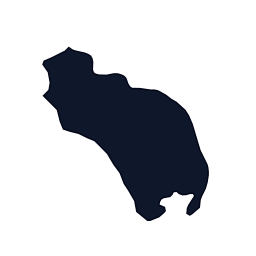 Pongchon, Hwanghae-namdo, North Korea, rotated 45°
{"feature_id": "82179303B59678099693620", "entity_name": "Pongchon", "entity_type": "district", "adm_level": 2, "iso_a3": "PRK", "parent_name": "North Korea", "parent_adm1": "Hwanghae-namdo", "projection": "natural_earth1", "projection_center": [126.231, 38.15], "detail": "fine", "context": "isolated", "style": "filled", "palette": "ink", "viewbox_px": 256, "rotation_deg": 45, "n_neighbors": 0, "source": "geoboundaries", "source_scale": "gbopen_adm2", "svg_char_len": 1286}
<svg xmlns="http://www.w3.org/2000/svg" viewBox="0 0 256 256"><g transform="rotate(45 128 128)"><path d="M45.5,161.8L45.5,164.9L51.5,164.9L56.0,164.9L65.1,164.9L75.6,171.2L83.1,174.3L84.6,173.5L89.2,171.2L96.8,166.6L105.9,163.5L113.4,160.4L121.0,160.4L131.6,160.5L143.6,163.6L154.2,165.2L164.7,169.9L172.2,171.4L184.3,174.6L193.3,180.8L207.1,179.4L208.8,177.7L212.5,169.0L213.0,163.3L212.9,160.4L209.9,158.4L204.2,160.7L202.3,157.8L201.5,155.1L202.2,152.2L206.0,146.7L206.0,144.0L205.0,141.0L207.2,138.2L210.4,138.1L213.8,136.5L216.2,133.7L217.9,130.5L220.3,128.0L223.3,128.8L225.7,139.8L227.0,142.9L229.5,145.8L230.0,146.6L233.2,145.8L233.8,143.2L234.5,133.7L229.7,127.8L228.2,124.6L225.3,116.1L223.6,113.0L222.2,110.5L218.0,104.7L215.3,102.0L212.3,99.6L209.7,98.1L194.7,93.0L170.6,80.0L162.0,76.6L155.8,75.2L144.0,75.8L138.0,77.4L132.0,78.1L130.9,78.4L123.1,80.6L120.2,82.4L117.5,85.1L108.4,91.9L102.9,97.3L100.0,97.8L96.7,97.0L91.2,94.4L88.2,94.4L85.2,95.6L82.2,97.3L79.7,99.9L75.6,106.0L70.2,111.1L67.1,113.0L64.6,113.5L61.6,112.1L56.2,106.3L53.2,104.4L50.7,103.7L47.6,104.4L44.4,105.8L35.7,111.3L33.0,112.4L29.3,113.0L29.3,118.2L27.7,122.9L24.6,132.2L21.5,140.0L23.0,143.1L32.1,144.7L41.1,150.9L45.5,157.1L45.5,161.8Z" fill="#0f172a" stroke="#020617" stroke-width="1.5"/></g></svg>